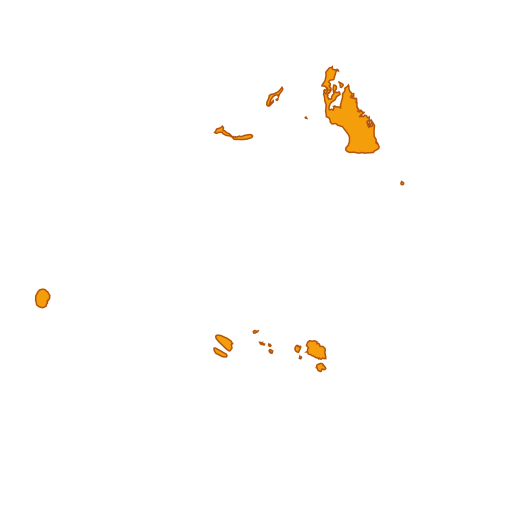 the district of Kamaran, Al Hudaydah, Yemen, rotated 315°
{"feature_id": "15242507B40747525321849", "entity_name": "Kamaran", "entity_type": "district", "adm_level": 2, "iso_a3": "YEM", "parent_name": "Yemen", "parent_adm1": "Al Hudaydah", "projection": "albers", "projection_center": [42.46, 15.285], "detail": "fine", "context": "isolated", "style": "filled", "palette": "amber", "viewbox_px": 512, "rotation_deg": 315, "n_neighbors": 0, "source": "geoboundaries", "source_scale": "gbopen_adm2", "svg_char_len": 6157}
<svg xmlns="http://www.w3.org/2000/svg" viewBox="0 0 512 512"><g transform="rotate(315 256 256)"><path d="M441.0,174.9L435.3,175.4L433.1,178.0L428.7,180.9L423.4,181.9L422.9,182.4L424.5,184.3L424.9,185.5L424.6,187.4L423.7,188.5L424.3,188.5L425.2,186.7L424.7,188.7L423.9,189.4L420.2,190.7L419.7,189.5L420.3,188.7L422.0,187.9L422.1,187.4L423.0,187.3L421.9,186.9L420.9,187.1L419.4,188.7L418.2,189.4L416.8,192.0L414.2,195.2L412.5,198.8L407.5,202.9L406.0,205.3L404.2,207.2L405.3,209.8L404.5,212.3L403.2,213.8L403.1,216.4L405.7,218.4L406.2,219.3L406.1,220.9L408.6,225.7L407.3,235.2L406.2,238.0L402.9,241.2L399.6,242.9L396.2,243.1L395.0,243.8L394.4,244.8L394.4,246.6L395.5,249.0L398.7,251.9L401.1,255.6L403.0,257.2L403.8,257.4L405.3,259.8L412.2,265.8L413.8,265.5L417.8,266.6L419.2,266.6L420.2,265.9L421.7,262.2L421.9,260.4L421.7,260.9L421.5,260.7L421.3,262.0L420.9,261.9L420.8,261.0L423.2,258.8L424.3,254.8L428.2,250.7L432.1,247.6L433.6,241.1L432.6,241.4L433.1,241.6L432.9,242.4L432.0,243.4L430.6,246.3L429.3,246.2L428.8,245.3L430.1,243.6L430.4,242.5L430.0,242.3L429.9,242.8L428.9,243.8L428.9,244.4L427.6,245.1L426.9,244.8L427.5,243.7L427.2,243.1L427.8,242.2L428.2,242.3L428.1,242.7L429.3,241.6L428.2,242.0L428.8,240.7L428.2,240.1L429.0,240.4L429.9,239.2L431.4,240.0L430.6,241.6L434.3,237.7L432.9,237.4L432.6,236.8L433.3,235.1L432.6,233.4L430.4,233.5L430.1,233.0L430.5,232.9L429.2,232.0L429.1,231.4L428.0,230.9L427.7,231.5L427.9,231.1L428.1,230.9L427.3,230.6L428.1,230.5L429.1,231.3L429.9,230.4L430.3,230.9L430.6,230.5L432.5,231.1L433.7,230.9L433.2,230.5L433.4,229.9L433.0,229.6L433.2,228.1L432.7,228.5L432.2,227.9L432.7,226.5L431.2,226.1L430.7,226.8L430.4,225.9L431.3,226.1L431.5,225.1L432.4,224.6L432.1,223.7L432.9,222.5L432.6,222.3L432.9,221.7L435.9,218.9L435.3,218.3L435.5,217.8L437.0,217.4L438.5,215.6L438.3,215.2L437.1,215.0L437.1,213.2L435.9,212.8L435.2,210.5L436.9,209.9L437.3,211.6L438.1,211.5L438.3,211.9L439.9,210.3L438.5,208.9L438.9,207.2L438.6,206.2L440.2,203.0L441.6,201.9L442.2,200.4L440.9,200.7L437.4,200.2L436.7,201.3L434.3,202.4L432.2,202.4L429.3,205.1L422.6,208.9L420.1,211.7L420.9,210.0L419.7,209.1L417.8,206.6L417.9,205.7L416.5,205.0L416.1,206.3L413.7,207.3L413.3,205.7L411.5,204.9L411.4,204.1L412.8,202.4L416.1,200.8L418.6,200.7L422.1,201.5L425.5,200.3L429.8,201.1L430.6,199.8L430.8,198.6L429.2,198.2L427.8,195.7L428.5,194.9L430.8,194.7L432.5,193.3L432.8,191.7L432.1,190.2L431.1,190.5L428.3,192.7L426.5,195.3L426.5,196.0L422.4,196.7L420.3,198.4L418.3,196.4L418.9,195.9L419.1,193.7L420.0,193.4L419.8,193.2L420.9,192.1L421.8,192.4L422.9,191.9L423.3,192.6L425.7,192.0L424.7,190.2L425.6,191.1L427.1,191.2L427.8,189.7L427.5,188.6L428.0,188.3L428.0,187.5L429.2,187.7L430.3,186.8L430.5,184.1L432.8,184.1L435.3,186.0L435.9,186.1L443.2,182.1L444.8,182.4L445.2,183.4L445.6,182.7L445.4,181.4L444.3,181.2L442.4,178.6L442.5,177.6L443.7,176.1L442.9,176.1L441.0,174.9ZM238.4,359.7L237.4,357.3L235.5,356.1L234.0,353.8L231.8,353.5L228.3,355.0L228.3,357.8L227.8,358.3L226.8,358.3L224.8,359.8L223.7,359.5L224.5,360.6L223.8,361.8L223.9,362.9L224.7,364.1L225.2,366.4L225.7,366.8L226.5,370.2L227.9,372.4L227.7,373.0L228.5,373.0L228.4,374.0L229.1,375.1L230.9,375.2L231.7,376.9L232.3,377.4L232.8,377.2L232.9,377.7L234.3,376.3L234.6,375.4L235.2,375.0L236.9,372.2L238.0,372.0L239.5,370.1L239.2,367.1L238.0,365.9L237.4,364.7L238.3,363.7L238.5,362.0L237.2,361.3L238.0,359.8L238.4,359.7ZM79.1,127.0L75.7,127.2L74.0,128.1L73.3,128.0L71.9,128.6L68.4,132.0L68.1,133.3L66.7,134.7L66.4,135.9L66.7,138.5L68.2,141.3L69.7,142.3L72.2,143.0L73.8,142.0L75.1,141.9L75.7,141.3L75.9,140.6L77.1,140.6L77.0,140.3L77.8,140.5L78.5,139.9L78.9,140.3L79.6,140.1L80.8,139.6L81.4,138.5L82.2,138.3L83.4,133.8L83.1,133.6L83.0,130.4L81.6,128.5L79.1,127.0ZM178.2,298.3L177.3,293.5L174.7,287.0L172.5,284.4L170.8,284.2L169.5,286.1L169.1,290.8L169.3,301.2L169.9,304.1L170.6,304.7L173.8,304.2L176.2,301.0L177.5,301.5L178.2,298.3ZM321.6,140.3L317.9,138.4L316.0,139.2L314.0,139.4L314.7,141.2L317.9,142.8L319.3,144.6L319.2,146.4L320.2,149.7L322.3,152.4L323.2,155.1L323.0,157.5L323.4,158.5L329.2,164.5L332.7,167.2L336.2,169.0L337.3,169.2L338.4,168.8L338.5,167.2L337.5,165.7L333.0,162.5L331.1,161.8L329.7,160.8L329.0,159.4L326.4,158.2L325.7,157.0L325.3,157.2L324.4,156.3L324.3,155.4L323.6,155.2L323.6,150.6L322.6,148.4L322.3,145.0L321.5,144.2L321.8,143.4L323.6,142.5L324.1,140.5L321.6,140.3ZM383.3,154.0L380.4,152.1L378.9,152.0L375.8,153.8L372.6,154.9L370.6,156.5L370.4,158.0L371.0,159.0L371.9,159.4L377.3,159.3L378.0,158.3L375.7,158.5L374.9,158.1L374.1,158.7L372.5,158.8L372.2,158.4L377.4,155.9L381.0,155.4L382.8,155.7L384.8,156.8L385.1,157.7L384.5,159.3L386.8,158.2L392.2,157.3L393.1,156.8L393.4,155.5L394.3,154.7L393.4,155.2L389.2,155.6L387.3,155.4L383.3,154.0ZM164.8,306.2L165.6,304.6L162.3,292.5L161.2,291.5L159.8,292.9L158.8,296.3L161.2,303.7L163.6,306.3L164.8,306.2ZM225.4,377.4L222.3,376.2L220.9,376.7L220.3,377.7L219.8,377.7L220.0,378.1L219.0,381.0L219.9,383.3L220.7,383.6L222.6,382.6L223.0,382.7L223.6,384.5L225.0,385.0L226.0,384.7L226.5,382.1L226.1,380.9L226.8,380.1L226.6,378.6L225.4,377.4ZM222.4,351.0L221.7,349.7L222.4,349.4L222.3,348.9L221.7,348.1L220.9,348.0L219.1,348.3L217.5,349.5L216.9,351.8L217.5,353.7L218.1,354.1L222.9,352.3L223.6,351.4L222.9,350.8L222.4,351.0ZM438.3,197.0L438.9,196.1L437.6,191.0L437.6,193.0L435.1,196.3L435.7,197.2L438.3,197.0ZM199.9,332.1L199.3,331.9L198.4,332.3L198.4,333.5L198.0,332.8L197.7,333.3L197.9,335.4L198.8,336.1L200.7,334.9L199.9,332.1ZM200.6,307.5L199.9,308.9L201.0,309.9L203.7,310.7L204.5,310.4L203.3,309.8L202.3,307.6L200.6,307.5ZM411.4,309.4L412.1,308.5L411.6,306.3L409.8,307.1L409.3,308.1L410.2,309.4L411.4,309.4ZM199.3,321.7L197.9,320.8L198.1,320.1L197.6,319.6L197.0,321.4L197.6,322.8L198.5,323.2L198.3,323.9L198.9,324.7L199.8,324.4L198.6,322.3L198.7,321.9L199.3,321.7ZM203.3,329.9L203.5,328.3L202.9,328.1L202.7,327.3L202.1,327.7L201.5,329.2L202.4,330.0L203.3,329.9ZM216.1,358.0L214.3,359.0L214.9,360.3L216.4,360.0L216.6,359.4L215.6,359.3L216.1,358.0ZM382.6,160.0L380.8,159.7L380.6,160.3L381.4,161.0L382.3,160.7L382.6,160.0ZM389.2,194.6L389.6,193.0L388.6,193.0L388.5,193.6L389.2,194.6Z" fill="#f59e0b" stroke="#b45309" stroke-width="1.5"/></g></svg>